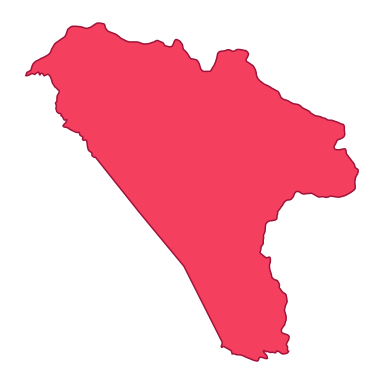 San Jose del Potrero, Comayagua, Honduras (Mercator projection)
{"feature_id": "27666195B91463241716660", "entity_name": "San Jose del Potrero", "entity_type": "district", "adm_level": 2, "iso_a3": "HND", "parent_name": "Honduras", "parent_adm1": "Comayagua", "projection": "mercator", "projection_center": [-87.296, 14.845], "detail": "fine", "context": "isolated", "style": "filled", "palette": "rose", "viewbox_px": 384, "rotation_deg": 0, "n_neighbors": 0, "source": "geoboundaries", "source_scale": "gbopen_adm2", "svg_char_len": 5811}
<svg xmlns="http://www.w3.org/2000/svg" viewBox="0 0 384 384"><path d="M288.6,351.3L288.2,351.3L287.6,350.2L287.4,349.5L287.6,347.7L287.5,346.6L286.5,344.9L286.3,344.4L287.3,342.0L288.6,339.8L289.0,338.2L289.1,336.4L288.6,335.6L287.2,334.7L282.0,332.9L281.6,332.1L281.4,330.7L281.4,329.7L281.7,329.0L282.7,327.3L284.6,324.9L285.0,323.3L286.0,320.2L286.2,318.1L286.0,315.7L284.4,310.3L285.3,306.0L286.8,302.6L287.1,301.8L287.0,300.2L286.3,295.7L285.9,294.6L285.3,293.8L283.5,292.8L282.1,291.6L279.3,287.6L279.1,287.1L279.5,285.4L279.4,284.4L278.7,282.8L277.5,280.8L277.1,280.4L274.3,279.6L271.9,277.4L271.2,274.0L269.9,269.8L269.5,267.5L269.5,264.6L270.2,262.6L270.4,260.9L270.4,258.9L270.0,257.5L269.7,257.2L269.2,257.1L266.7,257.8L265.8,257.6L260.9,253.7L260.0,252.6L260.8,249.6L261.2,246.6L261.7,245.8L262.7,244.7L263.2,243.5L263.3,241.8L263.2,240.1L263.7,237.8L263.5,236.6L263.5,235.3L263.8,234.2L264.5,233.0L265.0,231.6L265.5,225.2L265.9,224.0L266.6,222.8L267.4,222.1L268.4,221.4L269.9,220.8L271.7,220.7L274.7,220.2L275.6,219.8L276.7,219.0L276.9,218.3L277.1,215.5L277.7,213.6L277.6,212.0L278.4,210.7L279.5,209.4L281.6,206.3L282.3,205.6L283.6,203.2L285.2,201.3L286.4,200.4L288.2,199.8L288.8,200.0L289.3,200.0L291.4,199.1L293.4,196.5L294.2,194.3L295.1,192.7L295.7,192.1L296.3,191.7L297.7,191.5L299.1,191.7L301.6,193.4L303.2,194.0L304.8,194.0L306.9,193.5L309.4,193.5L310.9,193.2L311.7,193.3L313.2,194.0L317.7,196.6L318.9,197.1L321.0,196.8L323.6,196.7L324.3,196.9L325.5,197.3L326.4,197.4L328.6,196.9L330.2,196.1L330.7,196.0L335.9,196.9L338.9,197.2L342.7,196.3L344.9,195.6L346.8,194.7L350.4,192.7L353.2,190.7L354.6,189.4L355.0,188.7L355.2,187.5L355.2,185.9L354.8,182.6L355.0,180.4L355.6,177.2L357.5,173.9L358.0,172.4L358.2,171.3L358.0,169.5L355.2,167.6L354.4,164.6L354.0,163.8L346.7,154.2L346.3,153.1L345.9,150.1L345.5,149.2L345.0,148.9L344.3,148.8L338.9,149.8L337.9,149.8L336.3,149.6L335.1,149.3L334.8,149.0L334.3,148.2L334.0,147.3L334.0,146.8L334.2,146.1L335.5,144.0L337.0,140.5L338.4,139.6L340.5,138.9L342.4,137.9L343.7,136.9L344.4,135.7L344.8,134.4L344.3,129.4L344.4,127.2L344.1,125.9L343.7,124.9L343.1,124.4L341.0,123.8L338.1,122.4L332.2,120.4L331.6,120.2L329.5,120.2L327.9,120.0L326.6,119.3L325.6,118.5L322.4,117.7L321.4,117.1L320.1,116.6L315.2,115.7L312.9,114.4L311.8,113.6L310.9,113.2L309.7,111.7L309.0,111.1L302.6,107.9L301.8,107.3L300.7,106.0L299.5,105.2L297.6,104.4L296.0,104.1L294.4,103.9L293.2,103.6L291.2,102.7L287.9,100.7L283.0,99.1L282.5,98.8L280.9,97.2L278.9,92.8L278.3,91.9L277.8,91.4L271.4,87.9L269.7,86.7L264.2,84.1L260.1,81.0L258.3,79.1L257.5,77.9L256.9,76.5L256.5,75.3L256.1,72.4L255.6,70.4L255.0,69.0L253.7,66.7L252.9,65.6L247.4,61.9L246.6,61.3L246.2,60.7L246.0,60.0L246.1,59.4L247.6,56.8L248.4,54.7L248.5,54.1L248.3,53.3L247.8,52.4L246.5,51.0L245.7,50.6L240.4,49.6L237.9,49.4L236.7,49.7L234.2,51.1L233.0,51.4L229.4,49.8L228.1,49.7L226.7,50.0L225.0,50.8L221.1,51.2L219.5,51.6L218.5,52.4L217.7,53.5L217.4,54.6L217.2,56.1L216.5,58.9L215.6,61.9L214.1,65.4L212.2,68.2L210.8,70.8L210.5,71.1L209.7,71.3L203.9,71.4L203.0,71.1L202.4,70.8L201.5,69.8L200.6,68.6L199.4,64.3L198.5,62.3L197.7,61.0L196.9,60.2L195.7,59.6L191.1,58.7L190.3,58.2L187.1,53.1L185.2,50.9L184.0,49.9L183.2,49.0L182.5,44.9L181.3,42.9L180.1,41.4L178.4,40.3L177.0,39.6L176.0,39.5L175.2,40.0L174.5,40.9L173.0,44.8L172.4,45.7L171.4,46.6L169.9,46.9L165.2,45.8L164.7,45.4L163.6,43.6L162.9,42.7L157.8,40.5L157.0,40.5L156.1,40.7L154.0,41.9L148.5,43.7L145.4,44.0L143.8,43.9L142.7,43.7L141.5,43.4L139.8,42.6L137.6,42.0L133.8,41.9L129.9,42.0L127.0,41.3L121.1,38.4L117.7,35.5L116.1,34.4L114.5,33.7L109.6,31.9L107.8,31.0L106.7,29.8L105.4,27.8L104.7,24.9L104.5,24.4L103.8,23.9L102.4,23.5L98.9,23.0L96.9,23.2L95.2,24.1L91.4,26.8L89.0,27.8L87.0,28.4L85.4,28.2L81.0,26.8L76.5,26.3L72.3,26.3L71.2,26.7L69.7,27.7L68.2,28.9L67.7,29.6L65.8,35.0L64.7,36.8L61.8,38.7L58.2,41.3L56.2,42.6L54.7,43.9L51.8,48.9L50.4,52.4L49.2,53.9L47.8,55.1L43.6,57.4L41.2,58.4L39.0,59.7L36.3,61.0L34.8,62.1L33.4,63.5L32.6,65.0L32.1,66.0L30.9,70.3L30.2,70.7L27.0,72.4L26.6,73.2L25.8,75.6L26.6,75.7L27.8,75.5L29.6,74.8L31.3,73.8L32.1,73.5L34.8,74.4L37.0,72.7L38.6,72.1L38.8,72.3L39.4,74.6L39.6,74.8L40.2,74.7L40.3,74.0L40.6,73.7L41.3,73.4L42.0,73.4L42.8,73.6L43.7,75.4L44.1,75.8L44.6,75.7L46.7,74.6L47.5,74.4L48.7,74.7L49.7,75.7L51.1,78.5L52.4,83.0L54.9,86.9L56.5,88.1L58.0,89.8L58.8,90.2L59.2,90.9L59.2,91.8L58.9,92.8L57.2,95.8L57.0,97.1L56.9,101.0L56.6,101.7L55.8,102.5L55.5,103.2L55.6,103.6L56.0,104.4L56.3,106.0L56.3,106.8L55.9,108.0L55.9,108.6L56.7,111.3L57.5,112.5L59.1,113.4L60.6,113.6L61.0,113.8L61.1,114.4L61.0,115.2L61.0,115.6L61.4,116.0L62.2,116.2L62.6,116.7L63.3,118.6L64.1,119.8L64.6,120.1L65.8,119.9L66.5,119.5L66.8,119.6L66.7,120.7L65.8,122.4L64.9,123.6L63.6,124.8L63.2,125.4L63.1,125.9L63.2,126.4L64.0,126.9L66.2,127.4L67.9,127.9L69.2,128.9L70.6,129.8L76.2,132.4L77.6,132.5L78.7,132.3L79.1,132.5L79.4,132.7L79.6,134.1L80.1,135.2L80.7,135.7L82.2,136.5L82.9,137.2L82.8,137.9L82.4,139.1L82.8,139.8L83.7,140.3L85.3,140.0L86.0,140.2L86.5,140.5L86.8,141.4L87.6,147.3L88.2,149.4L88.5,150.1L88.8,150.6L91.8,152.8L92.0,155.7L93.6,157.0L94.5,157.3L95.5,157.3L139.8,212.9L183.9,266.2L222.2,342.1L222.1,343.7L221.8,344.9L221.9,345.4L221.4,345.7L221.2,346.1L221.3,346.7L221.6,347.3L221.9,347.3L223.3,346.6L224.0,346.6L230.9,350.5L231.4,351.1L232.2,354.0L233.8,353.7L236.4,354.7L237.8,354.7L241.5,355.1L248.1,358.0L253.8,360.3L256.8,361.0L257.6,360.9L258.2,360.5L259.3,357.7L259.9,357.2L262.8,357.6L265.7,358.6L266.7,358.6L267.4,358.4L267.0,356.1L266.7,355.9L266.5,355.3L264.3,353.0L263.7,351.9L263.5,351.0L264.0,350.5L264.8,350.9L266.1,351.8L267.6,351.4L270.0,352.5L272.4,352.2L275.2,352.9L275.8,352.6L276.7,351.0L277.1,351.1L279.1,351.7L281.7,353.6L283.0,354.0L285.3,353.7L287.1,353.1L288.3,352.0L288.6,351.3Z" fill="#f43f5e" stroke="#9f1239" stroke-width="1.5"/></svg>